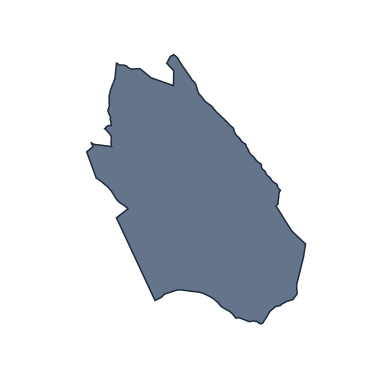 Fafi, North-Eastern, Kenya (Equal Earth projection), rotated 155°
{"feature_id": "3690345B31550600225726", "entity_name": "Fafi", "entity_type": "district", "adm_level": 2, "iso_a3": "KEN", "parent_name": "Kenya", "parent_adm1": "North-Eastern", "projection": "equal_earth", "projection_center": [40.194, -0.782], "detail": "fine", "context": "isolated", "style": "filled", "palette": "slate", "viewbox_px": 384, "rotation_deg": 155, "n_neighbors": 0, "source": "geoboundaries", "source_scale": "gbopen_adm2", "svg_char_len": 6030}
<svg xmlns="http://www.w3.org/2000/svg" viewBox="0 0 384 384"><g transform="rotate(155 192 192)"><path d="M111.0,97.0L111.8,98.7L115.2,107.2L117.7,113.6L118.1,115.2L118.2,115.9L118.6,118.8L119.7,127.1L120.0,130.1L120.7,135.5L121.0,138.4L121.3,140.3L121.6,142.3L121.6,143.1L121.8,143.5L121.5,143.7L120.7,144.0L120.2,144.4L119.9,144.6L119.4,144.7L119.0,144.9L118.7,145.4L118.4,146.1L117.7,147.2L116.9,148.8L115.9,150.2L113.6,154.2L113.1,154.6L112.6,155.1L111.8,155.7L111.1,156.3L111.5,157.1L111.8,157.6L112.0,158.5L112.1,159.0L112.2,160.5L112.0,161.7L111.9,162.4L112.0,163.1L112.1,163.6L112.3,164.2L112.6,164.6L113.0,165.0L114.0,166.7L114.7,168.2L114.9,168.8L115.0,169.2L115.0,169.9L115.0,171.2L115.1,171.8L115.4,172.5L115.9,173.5L116.2,174.1L116.4,174.4L116.6,174.9L116.8,175.4L117.0,176.2L117.1,177.1L117.1,179.5L117.1,180.3L117.3,180.7L117.8,181.6L118.2,182.2L118.4,183.3L118.5,184.1L118.5,184.7L118.4,185.5L117.8,186.9L117.8,187.1L117.7,187.5L117.8,188.1L118.0,188.8L118.5,189.6L119.0,190.5L119.5,191.5L120.0,192.6L120.3,193.5L120.6,194.3L121.1,197.1L121.5,198.4L121.9,199.2L122.3,199.9L122.6,200.5L123.0,201.4L123.1,202.4L123.3,203.8L123.3,205.5L123.2,206.4L123.3,208.0L123.4,208.9L123.6,209.4L123.6,209.6L123.5,210.4L123.3,211.2L123.2,211.8L123.3,212.4L123.3,212.8L123.5,213.5L124.1,214.1L124.6,214.7L125.2,216.0L125.4,216.7L125.7,217.4L125.9,218.3L126.1,219.9L126.4,220.9L126.8,222.3L127.3,223.2L127.5,223.9L127.8,224.7L127.9,225.3L128.1,227.3L128.1,227.9L128.1,228.7L128.0,229.4L127.5,232.0L127.5,232.4L127.6,232.6L127.7,232.9L128.3,234.3L128.4,234.6L128.8,235.1L129.1,235.9L129.6,237.3L130.2,238.9L130.9,241.3L131.9,243.7L132.1,244.6L132.7,245.9L133.3,247.2L134.0,248.9L134.5,250.1L135.0,251.6L135.9,253.9L137.1,258.1L137.2,258.8L137.4,259.9L137.8,261.1L138.1,261.8L138.8,263.2L139.7,264.7L141.2,267.4L141.7,268.4L141.9,269.1L142.1,270.0L142.6,272.1L143.3,275.3L143.8,276.8L144.1,277.4L144.2,277.8L144.2,278.6L144.2,279.8L144.2,281.0L144.1,281.9L144.0,282.5L143.6,284.4L143.2,286.5L143.1,287.8L143.1,288.7L143.2,289.5L143.4,290.4L144.1,291.9L144.3,292.6L144.5,293.1L144.7,294.0L144.8,294.8L144.8,295.7L145.0,296.8L146.1,303.6L147.3,310.0L147.9,313.9L148.0,315.1L148.2,317.8L148.3,319.1L148.7,320.3L149.0,321.3L149.3,321.9L150.0,323.4L150.2,323.6L150.3,323.8L150.5,324.3L152.2,323.9L152.5,324.1L152.9,324.2L153.8,324.1L154.5,323.9L155.1,323.3L155.4,323.2L160.5,319.3L157.4,309.8L157.6,308.9L163.9,296.3L168.7,301.0L181.0,313.0L181.5,314.2L181.9,315.2L183.4,318.1L184.2,319.9L185.4,322.6L186.7,325.0L187.3,326.0L191.1,327.5L194.5,328.8L194.8,328.9L195.6,329.6L197.2,331.6L197.5,332.1L197.7,332.6L198.1,334.0L198.4,334.3L199.9,335.6L200.2,335.9L200.7,336.1L201.7,336.5L202.9,337.2L203.4,337.4L204.0,337.8L204.5,338.1L204.8,338.9L205.1,340.0L205.4,340.2L206.0,340.7L214.1,327.1L214.5,326.9L215.0,326.5L215.3,326.2L216.1,325.0L216.4,324.7L217.0,324.3L218.0,323.6L218.5,323.2L218.8,322.9L219.0,322.6L220.1,321.5L221.2,320.3L222.6,319.1L223.1,318.6L223.4,318.2L224.6,316.1L226.2,314.6L227.2,312.8L227.5,312.1L227.8,311.0L228.2,310.3L228.8,308.9L229.7,307.3L229.9,306.8L229.9,306.1L230.0,305.8L230.2,305.5L232.0,303.3L232.5,302.7L232.9,302.5L233.2,302.3L233.5,302.0L233.6,301.8L233.8,301.5L233.8,301.2L233.9,300.9L233.9,300.1L234.0,299.6L234.2,298.9L234.3,298.6L234.3,297.6L234.1,295.2L234.2,294.8L234.3,294.3L234.5,293.8L235.3,292.8L235.5,292.3L235.6,291.8L235.7,290.1L235.8,289.8L236.1,289.1L236.6,288.1L237.1,287.2L237.2,286.8L237.1,286.4L237.9,286.6L238.7,287.1L239.2,287.4L239.5,287.4L239.9,287.4L240.5,287.6L240.8,287.5L241.1,287.3L242.3,287.2L242.5,287.1L242.8,287.0L243.1,286.7L243.6,286.5L244.0,286.4L244.4,286.4L244.3,286.0L243.8,285.0L243.6,284.3L243.2,283.3L243.0,282.4L242.9,281.9L242.8,281.5L242.6,281.1L242.3,280.3L242.2,280.0L242.1,279.6L241.9,279.1L241.8,278.5L241.8,277.0L241.9,276.0L242.0,275.6L242.3,274.8L242.6,274.4L243.3,273.2L243.7,272.4L244.4,271.4L244.6,270.9L245.0,269.4L245.5,268.4L245.6,268.0L245.7,267.6L245.7,267.2L260.6,276.6L261.0,277.1L261.7,278.0L261.9,278.3L262.1,278.8L262.5,279.8L262.6,274.9L270.5,272.9L272.8,246.0L273.0,245.3L270.9,241.9L269.3,239.2L269.2,238.6L268.7,237.4L268.4,236.9L268.0,236.2L267.9,235.6L267.6,235.0L267.0,234.0L266.7,233.8L266.5,233.2L266.0,231.2L265.4,229.7L264.8,227.1L264.5,225.5L264.2,223.4L264.1,222.4L264.0,221.3L263.8,219.4L263.6,218.5L263.5,217.1L263.1,215.7L262.6,214.3L262.1,213.3L261.8,212.7L260.1,209.9L259.6,209.0L259.1,208.1L258.8,207.6L258.3,206.7L257.8,205.5L257.3,204.6L257.2,204.0L257.6,203.7L271.4,200.6L271.4,109.3L264.8,109.4L264.5,109.4L261.3,110.6L260.5,110.8L259.8,110.9L259.3,110.9L258.1,110.8L256.8,110.6L254.9,110.4L251.8,110.1L247.9,109.6L247.3,109.5L245.2,108.8L244.2,108.4L243.5,108.0L241.9,107.0L236.6,103.6L229.2,99.0L226.0,96.7L224.1,94.8L220.1,89.8L218.6,87.7L218.4,87.2L217.8,86.6L217.5,86.1L216.5,83.4L215.5,81.4L215.0,80.2L214.8,79.0L214.7,78.3L214.3,77.0L214.1,76.4L213.9,75.9L213.3,74.8L212.6,73.7L212.4,73.4L212.0,73.1L211.7,72.6L211.4,72.2L210.9,71.4L210.7,71.0L210.4,70.4L209.9,69.8L208.8,68.5L207.9,67.3L207.8,66.1L206.8,64.7L206.7,64.4L206.6,63.2L206.1,61.2L205.8,60.6L205.7,60.2L205.6,59.2L205.1,59.0L204.7,59.0L204.3,58.7L203.9,58.7L203.3,58.8L202.4,58.0L201.8,57.4L201.0,56.7L199.7,55.3L198.1,53.7L196.9,52.3L195.3,50.7L194.6,50.3L194.2,50.0L193.8,49.8L193.2,49.7L191.6,49.5L191.2,49.4L190.8,49.2L190.1,48.7L189.8,48.5L189.6,48.3L189.3,47.9L189.1,47.8L188.7,47.7L188.3,47.5L188.0,47.1L187.7,47.0L187.4,46.7L187.4,46.3L186.8,45.0L186.0,43.9L185.7,43.5L185.4,43.4L184.9,43.3L184.3,43.4L183.9,43.4L183.6,43.3L183.2,43.3L182.7,43.7L177.3,47.1L175.7,48.2L174.2,49.3L172.2,50.6L171.5,50.9L170.4,51.3L168.6,51.8L168.1,52.0L167.1,52.2L165.2,52.8L163.8,52.6L162.9,52.4L161.9,52.2L160.1,51.8L159.6,51.8L158.0,52.5L157.7,52.5L156.5,52.5L156.1,52.6L155.3,52.6L153.3,52.8L152.7,52.8L151.6,52.7L147.3,52.0L146.0,51.9L145.6,51.9L145.4,52.0L144.4,52.8L143.4,53.3L141.7,54.1L140.1,55.0L139.8,55.3L139.0,57.2L136.6,63.3L136.4,63.7L129.4,72.3L118.1,86.4L117.4,87.5L111.0,97.0Z" fill="#64748b" stroke="#1e293b" stroke-width="1.5"/></g></svg>